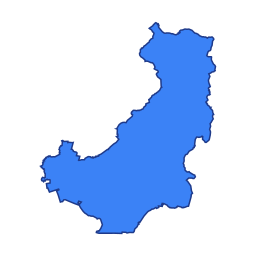 Somcuta Mare, Maramures, Romania (Mercator projection), rotated 274°
{"feature_id": "2599482B12476623860037", "entity_name": "Somcuta Mare", "entity_type": "district", "adm_level": 2, "iso_a3": "ROU", "parent_name": "Romania", "parent_adm1": "Maramures", "projection": "mercator", "projection_center": [23.535, 47.493], "detail": "fine", "context": "isolated", "style": "filled", "palette": "blue", "viewbox_px": 256, "rotation_deg": 274, "n_neighbors": 0, "source": "geoboundaries", "source_scale": "gbopen_adm2", "svg_char_len": 5805}
<svg xmlns="http://www.w3.org/2000/svg" viewBox="0 0 256 256"><g transform="rotate(274 128 128)"><path d="M223.4,207.1L224.7,205.5L224.3,204.1L224.3,202.2L223.2,200.8L223.8,200.0L224.2,198.9L224.0,198.4L224.3,196.7L224.1,195.7L225.1,192.9L226.4,191.4L226.7,190.4L227.0,190.1L227.4,187.9L229.9,185.0L230.9,181.9L230.6,179.9L230.7,177.9L229.5,175.3L229.3,173.8L228.2,172.7L227.4,172.5L227.1,173.2L226.3,172.8L226.5,171.8L226.2,171.3L225.3,171.4L225.1,170.5L224.3,169.4L224.6,167.5L225.2,166.0L225.0,165.3L225.6,162.8L225.5,159.9L225.2,159.2L225.2,157.6L226.4,155.5L230.5,151.6L231.2,151.3L232.1,151.8L233.9,151.0L233.2,150.2L234.3,149.8L234.6,149.3L235.0,148.4L234.5,147.7L232.4,145.9L231.8,145.7L228.9,142.2L228.1,143.3L227.8,144.2L227.0,145.0L225.6,145.8L225.2,146.7L224.3,147.3L222.3,146.9L221.3,146.4L219.3,146.5L218.3,144.7L216.4,143.3L215.1,143.1L214.1,141.8L211.6,139.5L210.9,138.3L209.3,137.6L208.9,136.7L208.5,136.6L208.6,136.0L208.1,136.0L207.3,134.9L204.3,135.0L203.4,134.3L202.6,134.4L201.6,134.6L200.0,135.8L198.9,137.8L197.0,140.2L195.6,140.4L196.0,141.6L195.9,143.3L194.7,146.6L194.9,147.5L194.6,148.1L193.2,149.4L190.9,150.6L190.1,150.6L188.9,150.0L188.2,151.3L187.5,153.3L186.6,154.2L185.8,154.2L184.4,152.7L183.3,152.6L181.1,154.0L178.7,157.4L171.9,158.2L171.1,158.8L170.8,158.2L167.5,156.8L166.8,155.7L166.1,155.4L165.4,154.3L164.4,153.6L164.3,152.7L163.0,151.7L162.3,150.2L161.8,149.7L160.1,149.2L159.1,148.0L157.9,147.5L157.8,146.8L155.0,147.5L153.4,144.2L151.8,144.2L150.8,143.5L150.4,142.7L147.9,141.5L147.6,140.4L146.9,139.6L146.6,138.4L146.3,138.3L146.4,136.9L146.1,136.8L146.1,135.8L145.8,135.1L146.1,133.8L146.0,132.1L143.9,130.3L143.3,130.5L142.2,130.1L142.4,130.3L142.0,130.6L141.7,131.6L139.9,131.4L135.6,126.9L133.2,125.7L133.4,124.0L133.2,122.5L132.3,120.6L130.7,118.9L126.5,116.8L126.4,116.5L126.1,117.5L121.2,117.6L121.3,118.1L120.8,118.3L119.1,118.5L118.7,117.1L116.2,119.6L112.8,117.3L111.1,114.9L107.6,111.4L106.7,111.0L106.2,110.1L105.2,110.0L105.1,108.9L100.2,103.1L98.8,100.5L98.5,100.9L97.9,100.6L98.0,100.2L96.9,98.0L97.6,98.0L97.5,97.6L96.3,97.0L96.5,95.5L95.7,95.4L95.8,94.6L96.5,94.4L95.9,93.3L96.7,92.4L96.7,90.3L94.7,87.3L93.3,86.8L93.1,83.8L92.4,82.1L92.5,81.2L91.8,80.7L93.7,81.4L96.4,81.9L96.8,78.5L99.3,78.9L99.9,78.7L100.3,78.1L100.6,76.2L101.0,75.1L101.7,74.9L103.0,73.6L102.9,73.0L109.7,74.3L109.5,73.7L109.6,70.2L109.3,69.0L110.5,69.0L110.1,64.9L111.0,63.8L110.6,62.8L109.4,63.5L106.0,63.4L105.5,62.8L105.7,62.3L105.3,62.0L103.5,61.0L102.1,61.0L101.7,60.7L101.0,61.5L98.6,61.2L98.5,61.8L97.7,61.5L97.0,61.7L94.1,57.0L94.2,56.1L93.8,53.6L94.1,52.6L94.8,52.1L93.8,51.0L94.4,50.7L93.0,48.5L92.5,48.6L92.0,48.2L92.4,47.9L91.5,47.4L91.3,47.0L90.8,47.2L90.3,46.9L90.2,46.3L89.4,46.8L89.3,45.8L88.9,46.0L88.1,45.6L87.6,46.0L87.3,45.3L86.3,45.7L85.1,45.4L84.4,44.7L83.8,43.5L83.0,44.6L82.5,44.4L82.3,45.1L81.6,45.9L81.4,46.9L80.8,46.6L80.2,47.6L78.7,47.4L76.8,48.3L76.6,48.6L73.0,48.8L72.8,48.3L72.4,48.2L72.8,46.2L71.5,45.4L70.3,45.3L69.4,45.8L69.2,46.8L68.5,47.6L69.9,48.2L69.4,48.7L69.4,49.2L70.6,49.7L71.0,50.5L70.8,50.9L71.1,51.2L70.7,51.8L71.0,53.2L70.7,53.9L67.7,54.1L66.8,50.5L62.4,51.4L62.6,52.1L58.6,54.1L62.2,63.0L62.0,63.3L61.4,63.3L61.1,62.5L60.1,61.2L56.6,62.9L49.4,65.7L50.0,67.3L50.0,67.9L51.8,68.9L52.1,70.4L48.9,80.0L47.9,83.4L49.6,84.4L49.9,83.3L51.6,84.0L50.9,86.6L47.7,84.3L47.2,85.0L45.3,86.1L41.7,89.1L40.1,90.9L39.3,92.5L37.8,94.6L37.9,96.0L37.5,97.2L37.6,99.3L35.9,103.1L35.1,103.6L35.6,104.4L35.8,105.7L35.5,106.5L34.8,107.1L29.7,109.2L26.0,107.9L23.5,106.5L23.1,106.1L23.4,105.8L22.7,103.9L21.5,103.7L21.1,105.5L21.0,106.7L22.1,121.8L22.4,129.2L23.7,129.4L23.8,133.3L23.2,134.3L23.9,136.7L24.1,140.5L25.1,141.3L27.7,141.8L30.0,143.9L32.7,145.0L32.8,145.5L34.1,144.8L35.0,145.7L34.5,146.3L41.3,150.1L45.7,153.4L46.6,154.4L47.5,156.2L48.8,157.5L48.8,158.4L49.2,159.3L50.7,161.4L49.8,162.1L50.9,164.2L52.3,163.8L52.2,167.6L53.2,167.6L53.8,166.9L55.1,167.4L54.2,168.5L55.1,168.9L53.8,172.3L52.5,173.5L51.3,175.6L51.6,176.1L51.3,177.0L51.5,179.4L51.3,180.1L52.2,182.2L52.6,182.0L53.5,182.9L53.0,186.2L52.2,187.6L52.7,188.6L52.4,188.8L52.8,190.1L54.0,192.6L54.2,193.8L63.7,195.7L66.2,195.8L67.4,196.9L69.7,195.7L74.7,194.6L78.6,191.5L80.0,189.9L82.3,192.1L82.5,195.6L82.1,196.2L82.2,197.3L84.0,198.6L85.7,197.8L85.9,196.7L88.0,192.6L88.7,192.0L88.3,191.1L88.3,190.0L89.7,188.1L90.2,187.8L92.1,187.7L93.5,186.4L94.9,186.5L96.5,185.6L98.9,186.3L102.2,186.0L105.0,187.1L105.6,187.6L105.8,188.5L106.2,189.0L109.1,190.6L111.4,194.1L112.8,194.5L113.1,195.4L114.7,195.4L114.9,196.2L116.5,195.6L121.3,195.9L123.7,197.1L123.8,197.8L123.6,199.4L124.2,201.6L125.0,202.4L124.7,203.1L121.8,203.2L120.7,204.8L119.1,206.0L119.1,207.0L121.4,209.5L122.4,209.9L126.7,210.5L129.2,210.6L130.2,210.5L132.4,209.5L135.5,210.3L138.1,209.6L139.3,210.5L142.5,212.0L143.0,212.4L144.8,211.6L146.1,211.5L147.1,211.8L147.4,212.5L149.5,211.4L151.1,211.2L152.3,210.2L153.2,208.9L154.0,209.2L153.9,209.0L154.1,208.4L154.6,208.4L155.8,207.0L156.3,205.9L156.8,205.9L157.0,206.3L157.0,205.7L157.4,205.6L157.6,204.9L158.4,204.5L158.5,204.7L159.3,203.9L161.5,205.8L164.1,204.4L165.1,204.6L166.2,205.4L166.6,206.0L166.7,207.1L167.4,207.6L167.9,207.0L168.6,207.1L169.0,206.8L169.3,207.2L169.9,207.1L170.9,205.9L171.3,206.2L171.0,206.6L171.5,206.6L172.1,205.9L172.9,205.5L173.8,205.6L174.9,207.1L175.4,207.2L175.7,206.7L177.2,206.3L177.6,205.9L180.1,205.1L181.5,204.9L185.2,206.1L187.7,204.8L188.7,206.8L189.7,207.9L190.2,209.8L191.1,210.3L191.1,210.8L191.3,211.0L192.2,210.6L195.5,211.0L196.8,210.1L197.7,208.8L201.4,206.6L202.6,206.3L204.6,206.4L204.9,206.1L204.7,203.2L204.9,202.9L205.0,202.3L205.7,201.6L209.3,202.4L210.4,203.2L211.0,204.6L211.8,205.1L214.2,205.3L216.3,206.1L220.6,206.3L222.4,207.4L223.4,207.1Z" fill="#3b82f6" stroke="#1e3a8a" stroke-width="1.5"/></g></svg>